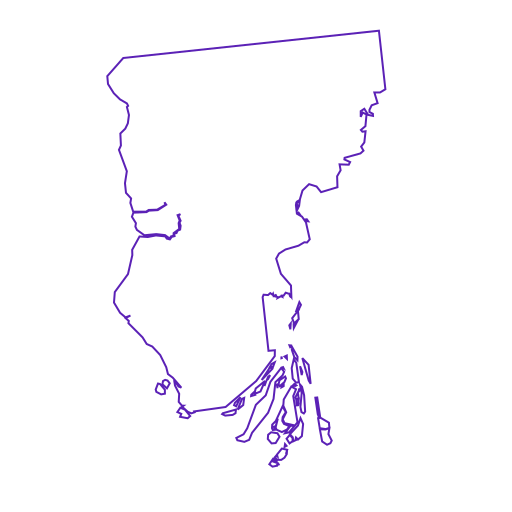 outline of South Fly District, Western, Papua New Guinea, rotated 84°
{"feature_id": "67681753B32450151371022", "entity_name": "South Fly District", "entity_type": "district", "adm_level": 2, "iso_a3": "PNG", "parent_name": "Papua New Guinea", "parent_adm1": "Western", "projection": "natural_earth1", "projection_center": [142.961, -8.494], "detail": "fine", "context": "isolated", "style": "outline", "palette": "violet", "viewbox_px": 512, "rotation_deg": 84, "n_neighbors": 0, "source": "geoboundaries", "source_scale": "gbopen_adm2", "svg_char_len": 6206}
<svg xmlns="http://www.w3.org/2000/svg" viewBox="0 0 512 512"><g transform="rotate(84 256 256)"><path d="M295.6,230.3L297.2,226.8L296.2,227.3L300.4,225.1L289.0,224.3L276.3,233.1L260.7,236.2L256.0,232.9L252.6,226.0L250.2,212.7L247.4,206.5L247.9,203.8L245.0,200.8L227.8,202.8L221.7,206.1L218.2,210.9L209.5,211.0L207.0,210.3L206.1,209.4L204.9,206.7L195.7,202.9L190.1,195.7L193.2,188.5L199.3,184.6L196.1,167.8L185.2,167.0L179.6,162.9L173.6,163.3L174.9,154.2L172.4,152.6L169.2,158.0L167.6,157.6L164.9,141.4L162.5,138.1L158.2,140.0L154.4,136.4L143.4,134.0L143.5,137.2L141.6,138.5L138.3,133.6L126.8,131.3L124.5,134.9L128.6,137.3L122.9,136.7L120.9,132.9L127.4,129.7L128.9,125.0L126.8,124.9L124.7,128.1L122.5,127.9L118.2,125.2L116.7,119.1L105.7,121.2L106.3,115.5L103.7,109.9L44.8,110.2L45.2,367.3L61.6,385.1L69.5,385.2L79.3,380.4L86.0,374.9L90.8,368.4L93.3,367.5L94.3,368.8L102.5,367.6L110.7,369.6L115.7,372.7L120.0,378.1L132.0,378.8L136.1,381.2L158.2,375.6L169.9,378.7L179.6,378.7L185.7,374.2L190.1,375.4L199.1,373.5L200.4,360.7L199.0,357.9L199.6,349.5L195.6,340.7L193.0,341.4L195.6,339.9L200.1,348.9L199.7,357.7L200.9,360.3L200.1,373.4L204.0,375.3L210.8,372.0L214.2,372.9L217.6,371.7L223.7,364.8L223.8,352.9L225.7,344.3L229.6,340.0L227.6,338.5L227.2,335.9L224.6,335.5L221.1,329.5L215.2,329.5L212.7,328.2L207.2,329.7L206.5,326.8L207.8,329.0L213.1,327.3L214.9,328.6L218.0,327.8L221.8,328.7L222.6,331.3L224.9,332.7L225.1,335.1L227.7,334.9L228.2,337.9L230.5,339.9L229.4,342.9L227.0,344.2L225.1,353.4L225.8,361.7L224.4,369.8L236.9,378.5L242.2,378.9L260.6,385.2L277.1,400.2L287.5,402.1L298.3,397.1L303.4,392.2L302.1,387.1L304.1,392.2L307.3,389.3L309.5,389.9L325.1,377.3L332.1,373.9L335.2,368.6L344.5,361.6L357.2,356.9L364.2,355.9L368.3,351.5L379.1,344.0L377.7,346.7L370.9,350.4L376.4,350.1L385.0,346.8L393.0,348.1L397.1,345.3L397.3,343.7L398.2,345.2L403.8,340.1L405.7,336.7L405.0,333.4L404.1,333.7L403.0,302.0L380.4,268.9L357.5,247.8L351.7,247.1L351.6,253.5L297.6,253.7L295.3,252.5L296.1,248.1L294.4,245.7L296.2,243.7L295.3,243.0L297.7,242.7L296.6,239.7L298.2,241.2L299.2,238.4L300.0,238.8L298.6,235.4L299.4,234.1L298.1,234.3L298.3,232.7L295.6,230.3ZM400.0,253.5L383.5,249.9L377.5,242.1L374.1,240.1L370.0,242.7L382.6,254.8L395.6,260.9L404.0,271.7L426.4,282.7L432.0,287.0L434.9,294.6L437.3,293.8L439.6,287.0L438.1,282.0L431.4,278.4L413.2,260.4L400.0,253.5ZM399.2,233.6L392.7,230.1L389.5,234.5L401.6,243.4L407.7,244.5L414.6,242.3L421.2,246.5L425.2,245.1L428.6,235.0L425.7,232.1L399.2,233.6ZM431.8,243.3L428.7,240.6L425.9,245.7L422.7,247.1L419.0,246.3L414.4,242.7L408.3,245.3L422.2,253.6L425.4,257.5L428.9,258.1L430.8,257.5L430.8,255.5L427.6,256.1L427.3,254.2L420.0,251.3L428.5,254.4L430.9,253.7L433.8,248.7L431.8,243.3ZM439.9,229.2L428.0,226.7L421.9,228.7L429.0,232.0L436.8,240.9L440.2,238.4L444.2,238.3L443.0,234.9L442.2,235.7L440.7,235.2L442.9,233.4L439.9,229.2ZM434.9,201.0L435.8,205.1L435.0,210.6L447.4,209.6L451.1,205.1L450.0,201.6L447.5,200.0L440.7,202.6L434.9,201.0ZM385.9,226.5L366.4,227.1L362.8,229.3L371.2,232.2L381.8,232.3L386.2,229.3L385.9,226.5ZM444.1,256.0L438.2,251.5L434.5,253.2L432.9,259.3L435.0,262.6L439.2,263.4L444.0,260.1L444.1,256.0ZM423.7,208.6L423.8,211.2L433.9,210.6L435.4,204.8L434.6,201.0L429.4,200.9L423.7,208.6ZM399.5,222.7L390.9,223.9L388.3,225.7L397.0,224.9L410.8,227.6L416.0,227.1L417.6,224.9L415.9,223.4L399.5,222.7ZM455.9,246.9L452.0,245.2L450.2,250.4L455.7,255.9L457.8,255.6L456.8,256.9L458.1,258.3L460.9,256.3L461.4,252.2L459.6,248.8L456.2,246.1L455.1,245.9L455.9,246.9ZM408.0,348.3L410.2,340.9L408.3,338.2L401.4,342.7L399.0,347.1L403.0,350.5L405.2,346.8L408.0,348.3ZM306.4,217.7L314.8,221.7L314.8,219.9L321.6,226.5L327.0,225.2L323.2,220.1L315.1,220.0L309.3,216.4L306.4,217.7ZM383.4,361.0L379.5,360.6L373.3,364.8L372.6,366.8L378.3,369.7L380.7,369.3L383.7,364.8L383.4,361.0ZM362.4,220.6L385.4,216.6L388.8,215.0L369.7,215.1L362.4,220.6ZM406.6,292.0L408.9,305.4L409.7,306.2L411.5,303.3L411.6,295.8L410.2,292.8L406.6,292.0ZM391.3,271.5L392.5,270.0L391.2,265.7L381.2,260.1L387.7,270.1L391.3,271.5ZM466.3,257.8L465.7,255.2L464.5,255.7L461.9,261.1L462.4,256.1L460.5,258.9L460.1,257.5L459.3,260.1L464.5,264.5L467.2,261.6L466.7,256.2L466.3,257.8ZM373.7,362.5L378.3,358.4L373.6,355.1L370.6,357.0L369.7,359.3L370.6,361.5L373.7,362.5ZM386.0,247.0L387.9,246.0L384.3,240.9L380.8,239.0L378.9,239.6L382.0,245.6L386.0,247.0ZM440.9,244.7L445.9,242.2L444.0,239.0L441.0,238.6L437.5,241.1L440.9,244.7ZM353.0,230.2L360.5,228.5L364.0,225.7L360.5,225.2L350.8,229.4L353.0,230.2ZM403.1,211.8L419.8,211.1L422.1,210.5L423.0,209.9L423.3,209.0L403.1,209.9L403.1,211.8ZM435.3,245.7L434.8,241.5L428.9,235.3L428.5,239.5L435.3,245.7ZM402.9,284.3L395.9,282.6L396.7,284.9L406.8,290.3L402.9,284.3ZM379.9,263.3L369.7,251.3L368.8,251.2L368.8,254.2L379.9,263.3ZM402.1,293.4L403.4,291.4L394.8,286.2L399.8,292.3L402.1,293.4ZM207.4,210.0L213.0,209.3L210.7,207.9L206.0,206.8L207.4,210.0ZM401.9,228.5L397.4,228.6L396.6,228.9L400.5,231.5L402.9,231.0L401.9,228.5ZM367.9,253.8L368.1,250.7L363.7,248.5L365.1,251.8L367.9,253.8ZM370.2,223.7L379.2,223.0L376.2,222.0L370.2,223.7ZM394.8,275.5L394.0,271.3L391.2,272.2L393.5,275.2L394.8,275.5ZM328.4,230.1L332.5,229.5L326.7,228.5L328.4,230.1ZM407.1,230.9L406.5,229.2L402.7,228.4L403.6,231.0L407.1,230.9ZM327.6,225.7L331.5,225.9L325.8,222.1L327.6,225.7ZM359.0,238.1L361.5,236.0L358.2,235.8L359.0,238.1ZM388.6,232.9L389.4,230.7L388.9,229.4L387.2,231.2L388.6,232.9ZM389.3,244.4L388.3,242.1L386.6,241.9L387.4,243.9L389.3,244.4ZM380.4,258.2L379.8,257.0L376.0,254.4L377.5,256.6L380.4,258.2ZM216.5,209.6L219.6,208.9L220.0,207.6L216.5,209.6ZM386.1,248.7L389.7,248.4L385.9,248.0L386.1,248.7ZM448.8,247.5L448.0,245.5L446.1,246.8L448.8,247.5ZM348.6,230.6L348.3,232.1L350.4,231.5L350.3,231.2L348.6,230.6ZM395.4,227.8L393.9,226.1L392.9,226.5L393.0,227.1L395.4,227.8ZM382.6,259.9L386.2,261.2L382.5,259.4L382.6,259.9ZM408.8,230.9L408.8,229.6L407.5,229.2L407.5,230.2L408.8,230.9ZM224.8,202.6L226.9,200.9L227.0,200.4L224.8,201.6L224.8,202.6ZM358.6,241.2L360.3,241.4L360.2,241.0L358.6,241.2ZM369.5,241.4L370.4,240.3L369.3,240.7L369.5,241.4ZM213.4,210.5L214.2,209.4L213.1,210.1L213.4,210.5ZM300.9,225.4L298.8,226.3L298.2,226.7L299.4,226.4L300.9,225.4Z" fill="none" stroke="#5b21b6" stroke-width="2"/></g></svg>